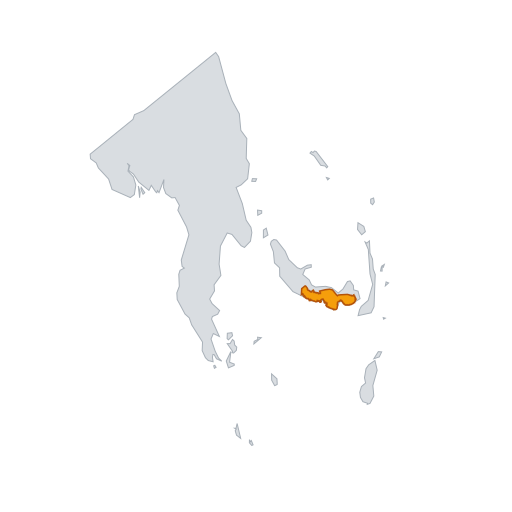 Pomio District, East New Britain, Papua New Guinea (highlighted), rotated 51°
{"feature_id": "67681753B79338306732955", "entity_name": "Pomio District", "entity_type": "district", "adm_level": 2, "iso_a3": "PNG", "parent_name": "Papua New Guinea", "parent_adm1": "East New Britain", "projection": "mercator", "projection_center": [151.576, -5.258], "detail": "fine", "context": "in_parent", "style": "filled", "palette": "amber", "viewbox_px": 512, "rotation_deg": 51, "n_neighbors": 0, "source": "geoboundaries", "source_scale": "gbopen_adm2", "svg_char_len": 8747}
<svg xmlns="http://www.w3.org/2000/svg" viewBox="0 0 512 512"><g transform="rotate(51 256 256)"><path d="M72.5,320.8L72.4,265.6L69.7,261.5L72.4,251.7L72.4,159.2L77.6,159.6L103.0,170.9L120.1,176.8L135.0,179.5L148.8,188.7L158.9,189.2L174.0,202.2L180.1,203.1L190.7,213.9L191.4,222.7L190.2,228.3L206.5,233.6L222.0,241.1L230.5,241.9L235.2,244.5L241.0,251.0L242.1,259.6L238.7,261.1L224.1,261.1L220.0,263.9L225.9,277.4L239.1,289.8L249.0,295.5L252.0,306.7L257.0,310.2L260.3,319.1L265.4,320.1L275.5,318.6L277.1,322.4L275.6,328.0L277.1,330.3L295.5,335.1L289.4,338.0L292.2,343.2L304.2,347.6L311.7,349.3L316.2,348.8L311.0,351.4L306.3,350.6L305.4,351.4L307.3,353.6L311.2,355.9L307.2,358.9L303.2,359.3L295.7,357.4L289.2,351.7L269.0,349.3L262.0,346.8L256.5,347.7L240.2,344.6L234.8,340.7L231.3,334.7L221.6,327.5L219.3,324.0L220.3,319.3L217.6,320.0L212.1,316.6L197.3,294.8L189.8,291.7L171.2,287.9L168.5,283.7L159.7,282.1L157.8,284.9L150.7,286.8L144.6,284.8L138.6,279.4L145.7,291.5L143.2,291.4L144.4,293.3L143.0,293.6L135.2,292.9L137.6,297.9L124.8,300.6L115.2,299.7L110.7,300.9L108.8,300.8L106.3,297.1L102.9,297.8L105.8,297.8L109.5,302.1L117.4,301.5L125.2,304.7L131.7,311.9L131.5,316.9L113.7,326.0L103.4,322.1L88.4,323.1L83.1,321.6L76.3,323.4L72.5,320.8ZM340.2,198.9L343.8,201.4L347.5,198.8L354.6,202.0L353.3,213.9L351.0,217.2L345.0,218.4L344.2,220.2L348.2,227.2L346.5,229.7L341.3,232.3L332.7,232.0L330.4,236.9L325.6,241.1L306.9,249.7L286.7,250.3L280.0,245.1L273.0,246.0L263.6,239.8L255.8,237.3L254.2,234.9L254.4,231.8L256.5,230.0L270.5,230.3L279.4,232.8L291.1,231.3L294.3,229.4L295.5,221.8L297.5,218.6L299.5,220.1L297.0,226.0L299.8,231.3L308.1,229.7L313.4,231.0L317.5,229.4L323.3,221.1L328.0,217.3L336.5,215.4L336.4,209.3L333.4,201.0L334.6,198.5L340.2,198.9ZM442.3,260.2L441.3,262.9L440.7,262.0L436.5,264.6L431.6,263.8L427.2,261.1L423.8,256.2L423.7,250.8L418.9,248.3L412.8,241.4L411.5,236.9L412.0,229.3L421.0,233.7L430.2,246.7L439.0,252.6L442.3,260.2ZM372.6,202.3L366.6,214.2L362.9,209.3L361.4,205.9L361.1,196.8L351.5,183.2L341.7,178.7L321.6,164.6L313.7,162.4L315.7,161.7L315.6,158.3L325.5,165.6L331.7,167.4L339.9,173.1L345.4,175.0L369.7,196.2L372.6,202.3ZM212.7,143.5L231.7,144.0L232.0,145.6L229.5,145.7L226.3,148.6L215.0,147.8L210.0,149.3L209.6,147.2L211.5,146.6L211.2,144.5L212.7,143.5ZM308.3,326.5L311.8,328.6L314.7,328.3L317.0,330.7L317.3,334.5L316.1,335.4L315.3,334.2L306.0,333.5L307.8,331.3L306.1,326.8L308.3,326.5ZM306.0,160.5L299.3,160.4L294.3,155.8L300.9,153.6L305.9,155.7L306.0,160.5ZM321.9,343.4L326.3,340.9L327.3,341.8L325.6,347.8L318.9,345.2L314.4,335.6L321.9,343.4ZM357.4,318.1L364.6,317.0L368.2,319.6L369.2,320.5L368.5,323.1L362.4,322.0L357.4,318.1ZM374.3,376.1L388.1,382.7L383.0,383.9L378.7,382.1L378.1,380.4L376.4,381.0L377.3,379.9L374.3,376.1ZM246.5,238.8L240.5,233.9L240.8,230.5L247.2,233.5L246.5,238.8ZM303.8,330.2L302.0,330.4L298.0,326.9L300.4,323.0L303.2,324.4L303.8,330.2ZM410.0,229.1L407.3,221.1L409.6,218.7L412.0,223.7L410.0,229.1ZM225.5,229.0L221.3,225.9L224.4,223.1L226.3,224.6L225.5,229.0ZM289.5,133.1L287.1,133.6L284.0,131.1L284.9,128.1L288.5,130.1L289.5,133.1ZM197.8,209.4L195.3,212.3L193.6,210.1L196.4,206.9L197.8,209.4ZM322.8,303.3L323.0,313.0L321.1,311.1L322.0,307.1L320.1,305.9L322.8,303.3ZM133.4,305.8L137.5,309.8L127.5,303.4L133.4,305.8ZM136.9,304.9L131.5,303.3L130.4,302.0L136.8,302.6L136.9,304.9ZM400.9,377.1L400.6,378.5L397.0,378.7L394.6,376.7L396.9,377.2L396.5,375.8L400.9,377.1ZM360.4,169.9L360.6,174.3L358.0,171.2L360.4,169.9ZM347.1,167.5L346.0,168.7L343.5,165.6L344.0,165.0L347.1,167.5ZM317.4,357.1L317.1,359.0L314.7,358.0L315.0,356.8L317.4,357.1ZM344.9,164.1L343.0,164.6L343.3,161.6L344.9,164.1ZM241.8,150.2L242.0,152.4L239.3,151.9L241.8,150.2ZM385.7,194.6L385.4,196.6L383.9,195.9L385.7,194.6Z" fill="#d9dde1" stroke="#a8b0b8" stroke-width="1"/><path d="M337.2,217.9L330.5,217.9L328.2,219.6L325.9,223.2L323.3,228.6L323.6,228.7L323.8,229.0L324.4,228.9L324.7,229.1L324.8,229.0L325.3,229.1L325.7,229.5L325.4,229.8L325.2,230.1L325.0,230.3L325.0,230.5L324.8,230.6L324.8,230.8L324.7,231.0L324.5,230.8L324.3,230.9L324.1,231.1L323.7,230.9L323.5,231.0L323.3,231.2L323.2,231.3L322.9,232.1L322.5,232.2L322.4,232.2L322.4,232.3L322.5,232.5L322.2,232.7L321.7,233.0L321.3,233.1L321.0,233.0L320.9,233.2L320.9,233.6L320.8,233.9L320.6,233.9L320.1,233.5L319.1,232.9L318.6,232.9L318.6,233.0L318.8,233.3L318.4,233.8L318.4,234.1L318.5,234.3L318.5,234.5L318.9,234.9L318.8,235.0L318.9,235.5L318.6,235.7L318.5,235.8L318.3,236.1L318.2,236.1L317.9,236.0L317.6,236.2L317.4,236.4L317.1,236.4L316.9,236.2L316.1,236.5L315.8,236.9L315.6,237.0L315.5,236.8L315.2,237.0L314.9,237.0L314.5,237.1L314.1,236.9L314.0,236.7L313.9,236.5L313.5,236.4L311.4,236.3L311.2,236.4L310.8,236.3L310.4,236.4L310.1,236.8L310.1,241.0L314.5,245.0L314.5,244.6L314.3,244.3L314.2,244.1L314.4,243.8L314.7,243.7L314.7,243.4L314.9,243.4L314.8,243.6L315.0,243.7L315.3,243.7L315.4,243.9L315.5,244.2L315.7,244.3L315.8,244.2L316.1,243.9L316.3,243.8L316.9,243.5L317.4,243.5L317.5,243.4L317.8,243.5L318.5,243.5L319.4,243.4L319.7,243.4L319.9,243.5L320.0,243.8L320.5,243.6L321.0,243.5L321.3,243.2L321.2,243.1L321.3,242.9L321.8,242.4L322.1,242.4L322.5,242.2L322.9,242.3L322.8,242.2L323.0,242.2L323.3,242.0L323.5,241.8L323.6,241.6L323.7,241.8L323.9,241.9L324.0,242.1L324.6,242.0L324.7,241.8L324.7,241.6L324.8,241.7L325.1,241.5L325.1,241.4L325.3,241.0L325.2,240.8L325.1,240.7L325.3,240.6L325.5,240.5L326.5,239.9L327.0,239.8L327.3,239.5L327.4,239.3L327.8,238.9L328.2,238.9L328.4,238.8L329.2,238.4L329.4,238.2L329.7,237.5L329.7,237.4L329.7,237.1L329.8,237.0L329.9,236.7L329.6,236.6L329.8,236.5L329.9,236.2L330.3,236.0L330.4,235.9L330.4,235.7L330.3,235.8L330.1,235.7L330.4,235.6L330.5,235.6L330.9,235.5L331.1,235.3L331.5,235.3L332.0,235.5L332.4,235.2L332.5,235.0L332.6,234.6L332.6,234.1L332.2,233.9L331.8,233.9L331.8,234.0L331.7,234.0L331.6,233.8L331.3,233.8L331.2,233.9L331.3,233.5L331.3,233.3L331.0,233.1L330.9,232.5L331.2,231.9L331.2,231.6L331.5,231.2L331.9,231.2L332.0,231.0L332.3,231.2L332.6,231.2L332.9,231.4L333.0,231.3L333.3,231.5L333.7,231.5L333.9,231.3L334.3,231.5L334.1,231.3L334.6,231.5L334.8,232.0L335.1,232.3L335.3,232.3L335.4,232.2L335.7,231.7L335.9,231.2L336.6,230.8L336.4,230.6L336.5,230.4L336.5,230.6L336.6,230.8L336.5,231.0L337.0,231.0L337.1,230.9L337.1,231.0L337.3,231.0L338.0,231.1L338.1,231.3L338.3,231.4L338.3,231.6L338.6,231.8L338.4,231.9L338.6,232.2L338.9,232.3L339.2,232.4L339.3,232.4L339.2,232.3L339.4,232.4L339.3,232.6L339.4,232.8L340.0,232.8L340.2,232.7L340.9,232.2L340.9,231.9L341.3,231.6L341.7,231.9L341.9,231.9L342.0,231.6L342.3,231.5L342.5,231.3L342.9,231.3L343.2,231.1L343.5,231.1L343.8,230.9L344.0,230.7L344.3,230.3L344.7,230.0L345.2,229.9L345.7,229.5L346.0,229.3L346.5,229.5L346.7,229.4L346.8,229.1L346.7,228.9L346.9,228.9L347.1,228.7L347.6,228.1L347.7,227.7L347.8,227.6L347.9,227.3L347.9,227.2L347.9,226.9L347.9,226.5L347.6,225.9L346.9,225.1L346.6,224.9L346.4,224.6L346.3,224.3L346.0,224.0L345.9,223.8L345.5,223.7L345.4,223.5L345.2,223.4L345.1,223.2L344.9,223.2L344.7,223.3L344.5,223.2L344.4,223.1L344.3,222.7L344.2,222.6L344.0,222.3L343.6,222.1L343.3,221.8L343.4,221.3L343.2,220.7L343.8,219.4L343.5,219.1L343.4,218.9L343.4,218.3L343.4,218.1L343.7,217.8L344.1,217.6L344.6,217.6L344.7,217.9L344.7,218.0L344.8,218.0L345.0,217.9L345.1,217.6L345.3,217.4L345.6,217.5L346.2,217.5L346.3,217.6L346.8,217.8L347.0,217.8L347.2,217.7L347.8,218.0L348.4,218.0L348.5,217.9L348.5,217.7L348.8,217.8L349.1,217.5L349.4,217.5L349.9,217.6L350.1,217.6L350.5,217.2L350.6,216.7L350.8,216.7L351.2,216.3L351.3,216.3L351.4,216.2L351.6,215.8L351.8,215.6L351.7,215.3L352.1,215.0L352.3,215.0L352.6,214.7L352.8,214.2L352.7,213.8L352.9,213.7L352.9,213.4L353.1,213.3L353.2,212.9L353.6,212.6L353.6,212.1L353.8,211.6L353.8,211.4L353.7,211.2L353.8,211.0L353.8,210.7L354.0,210.6L354.0,210.4L353.9,210.1L354.0,209.9L353.8,209.6L353.9,209.0L354.1,208.8L353.9,208.7L353.6,208.2L353.7,207.8L353.5,207.5L353.4,207.6L353.5,207.5L353.3,207.0L352.9,206.5L352.9,206.3L352.7,206.4L352.6,206.0L352.4,206.1L352.1,205.9L352.1,205.7L351.9,205.8L351.9,205.6L351.6,205.2L351.2,205.3L351.1,205.2L350.9,205.0L350.7,205.0L350.4,205.1L350.2,205.1L350.0,204.8L349.8,204.8L349.6,204.8L349.5,204.7L349.4,204.8L349.2,204.7L349.0,204.8L348.9,204.7L348.6,205.0L348.4,204.8L347.9,204.7L347.7,204.5L347.6,204.8L348.1,205.5L347.9,205.8L347.5,206.2L347.3,206.3L347.2,206.4L347.2,206.5L346.8,206.5L346.6,206.6L346.4,206.8L346.5,207.2L346.3,207.4L346.4,207.5L346.2,207.4L346.0,207.5L346.0,207.4L345.9,207.3L343.4,209.1L339.5,214.5L338.1,216.7L338.2,217.7L337.2,217.9ZM318.0,244.3L317.9,244.1L317.8,244.3L318.0,244.3ZM338.2,232.4L338.3,232.6L338.5,232.5L338.2,232.4ZM336.0,231.9L336.0,231.7L335.9,231.6L335.9,231.9L336.0,231.9ZM353.9,208.5L353.9,208.3L353.9,208.5Z" fill="#f59e0b" stroke="#b45309" stroke-width="1.5"/></g></svg>